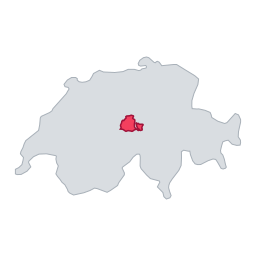 Switzerland, with Obwalden highlighted
{"feature_id": "CHE-3427", "entity_name": "Obwalden", "entity_type": "Canton", "adm_level": 1, "iso_a3": "CHE", "parent_name": "Switzerland", "parent_adm1": "", "projection": "albers", "projection_center": [8.312, 46.869], "detail": "fine", "context": "in_parent", "style": "filled", "palette": "rose", "viewbox_px": 256, "rotation_deg": 0, "n_neighbors": 0, "source": "natural_earth", "source_scale": "10m", "svg_char_len": 3853}
<svg xmlns="http://www.w3.org/2000/svg" viewBox="0 0 256 256"><path d="M193.5,74.9L195.0,75.9L198.6,79.0L197.9,84.5L194.0,93.4L191.9,100.6L191.8,106.1L192.2,108.7L192.9,108.7L196.8,109.0L198.8,108.9L205.0,110.3L210.1,112.4L211.1,114.7L211.8,117.5L217.8,121.2L224.7,123.5L227.0,122.6L235.2,113.5L238.5,114.9L240.6,119.6L240.6,122.1L238.5,131.6L238.2,136.8L240.4,140.1L240.6,142.7L240.1,145.1L236.7,145.4L232.1,144.2L228.2,140.2L225.3,140.8L222.8,141.9L221.6,145.8L220.5,150.5L220.9,153.0L222.8,155.0L224.3,159.2L225.5,164.6L226.3,167.1L225.5,168.2L223.1,169.0L221.1,168.4L217.4,161.9L215.7,159.4L213.0,159.0L208.1,160.7L200.7,164.5L197.7,164.6L195.1,163.9L192.7,160.8L190.5,154.8L189.8,151.1L188.4,151.2L183.6,150.2L181.4,151.7L181.5,157.8L181.1,165.5L178.8,170.4L172.2,179.0L169.7,182.8L168.8,185.5L168.6,187.8L169.7,191.8L171.1,195.6L169.9,197.8L166.4,199.0L163.9,196.7L162.9,192.5L157.4,186.9L159.8,182.2L159.4,181.0L150.4,178.6L146.6,175.0L141.1,168.7L140.1,166.0L140.3,157.3L140.0,155.2L139.3,154.1L136.7,154.2L133.1,157.2L129.7,161.8L122.8,166.9L122.1,168.0L124.4,173.0L124.3,174.9L118.6,182.9L117.6,185.5L110.4,190.5L107.1,192.3L97.2,188.6L94.5,188.1L90.0,190.5L83.7,192.8L73.6,195.0L69.9,193.2L68.2,191.6L67.3,189.1L64.9,184.8L62.0,182.3L60.1,179.5L57.5,176.4L55.9,173.9L58.3,165.9L56.7,163.0L55.9,159.0L56.4,156.2L55.5,155.6L46.5,153.8L39.0,154.1L33.5,156.7L29.0,161.0L28.5,162.0L28.7,162.8L30.8,166.9L27.0,171.2L21.2,174.4L17.1,174.6L15.4,173.9L15.4,169.3L18.8,167.6L21.9,164.7L23.0,160.5L23.5,157.5L20.4,153.8L20.9,151.6L23.0,147.5L24.2,143.8L25.8,140.6L32.2,135.5L38.6,130.4L39.7,124.8L40.3,118.0L41.2,116.4L49.7,112.5L51.9,110.9L53.0,108.6L59.7,101.1L66.4,93.6L67.7,91.1L68.8,89.6L68.9,88.4L68.1,87.4L65.0,86.7L64.0,84.3L67.4,80.0L71.6,77.5L75.7,77.5L77.3,78.7L77.2,80.1L79.0,81.7L82.1,82.3L85.9,81.8L89.7,80.2L92.1,76.4L93.5,73.5L99.4,70.3L103.5,72.0L114.8,72.5L123.0,71.6L128.1,69.4L134.5,69.4L138.8,70.6L139.6,70.4L140.7,70.1L141.9,68.9L145.9,68.1L146.5,67.1L146.3,66.1L145.6,65.5L140.6,66.1L138.7,65.3L138.2,63.5L139.8,60.3L143.4,57.7L146.5,57.0L148.8,57.7L154.2,62.5L155.5,62.7L156.2,61.8L157.4,61.3L159.2,62.2L161.4,65.2L161.7,65.7L173.8,64.5L176.6,64.5L184.8,69.6L193.5,74.9Z" fill="#d9dde1" stroke="#a8b0b8" stroke-width="1"/><path d="M136.5,129.1L134.4,129.9L132.7,131.1L132.1,131.3L131.7,131.3L130.7,131.0L128.1,130.6L127.5,130.8L126.3,131.2L126.0,131.3L125.7,131.2L125.1,130.9L124.6,130.5L122.9,129.4L121.9,129.2L120.3,129.1L121.1,127.8L120.9,126.7L120.6,126.2L120.5,125.4L120.6,125.0L121.5,123.0L121.7,122.0L121.8,121.4L122.0,121.1L122.4,120.6L122.6,120.4L122.8,120.3L123.1,120.3L123.3,120.3L123.4,120.6L123.5,120.6L123.8,120.6L124.9,119.1L126.0,118.1L126.0,117.8L126.0,117.4L125.8,116.8L125.9,116.6L126.7,116.0L129.5,115.8L130.4,115.5L130.6,115.4L130.9,115.3L131.1,115.2L131.3,115.2L133.2,115.8L133.4,115.9L133.5,116.1L133.4,116.4L133.4,116.7L133.2,117.1L133.1,117.3L132.9,117.6L132.8,117.8L132.7,118.3L133.0,118.6L133.3,118.9L134.5,119.5L134.8,120.0L134.8,121.9L134.7,122.3L134.5,123.1L134.4,124.6L134.4,125.3L134.5,127.0L135.5,128.4L136.5,129.1ZM138.2,130.5L137.7,130.1L139.1,129.6L139.3,129.5L139.2,129.3L139.0,129.1L138.2,128.8L138.0,128.6L137.9,128.4L137.7,128.1L137.5,127.9L137.4,127.7L137.3,127.3L137.3,127.1L136.9,126.9L136.8,126.6L136.8,126.3L136.8,126.1L136.5,125.2L136.4,124.8L136.3,124.0L136.2,123.6L136.1,123.4L136.3,123.0L136.5,122.9L137.0,123.3L137.0,123.6L137.0,123.8L136.9,123.9L136.9,124.0L137.0,124.1L138.2,123.4L138.4,123.4L138.6,123.5L138.8,123.9L139.3,124.3L141.8,124.2L142.3,124.2L142.5,124.3L142.9,124.4L143.0,124.5L143.1,124.8L143.1,125.0L142.9,125.2L142.5,125.6L142.3,126.1L142.0,127.1L141.9,127.6L141.7,128.0L141.8,128.3L142.1,128.5L142.1,128.9L142.2,129.3L142.2,129.7L142.1,130.0L140.5,130.5L139.5,130.2L139.2,130.2L138.5,130.3L138.2,130.5Z" fill="#f43f5e" stroke="#9f1239" stroke-width="1.5"/></svg>